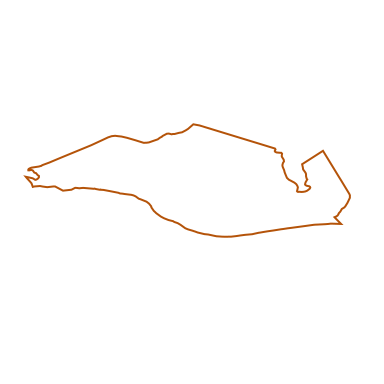 the district of Lukolela, Équateur, Democratic Republic of the Congo, rotated 238°
{"feature_id": "63176286B14204108243102", "entity_name": "Lukolela", "entity_type": "district", "adm_level": 2, "iso_a3": "COD", "parent_name": "Democratic Republic of the Congo", "parent_adm1": "Équateur", "projection": "robinson", "projection_center": [17.176, -1.278], "detail": "fine", "context": "isolated", "style": "outline", "palette": "amber", "viewbox_px": 384, "rotation_deg": 238, "n_neighbors": 0, "source": "geoboundaries", "source_scale": "gbopen_adm2", "svg_char_len": 3492}
<svg xmlns="http://www.w3.org/2000/svg" viewBox="0 0 384 384"><g transform="rotate(238 192 192)"><path d="M293.0,59.1L291.4,59.3L286.5,60.2L284.4,60.5L280.7,59.7L280.2,61.3L277.6,66.3L275.8,68.2L272.8,71.8L270.1,77.5L269.3,78.8L261.5,83.3L257.8,91.0L257.5,94.7L257.4,95.2L256.6,96.3L256.3,96.7L254.8,98.5L254.7,98.8L253.2,101.8L252.7,102.5L246.7,110.5L246.5,111.2L245.6,111.9L243.4,114.3L242.6,115.2L242.5,115.8L242.1,116.0L240.7,118.0L236.1,123.0L230.3,129.2L229.0,130.1L228.8,130.3L227.4,132.2L227.3,132.3L225.9,133.9L221.8,139.0L220.1,140.6L218.1,141.9L215.8,142.8L215.0,143.1L214.4,143.4L213.1,144.5L207.9,148.3L204.9,149.4L201.5,149.8L200.4,149.4L196.2,149.6L194.1,150.2L193.1,150.4L187.6,152.6L184.5,154.4L180.7,157.2L178.3,159.5L177.9,159.9L177.7,160.1L177.3,160.5L177.0,160.6L176.6,160.8L176.2,161.0L175.8,161.2L175.6,161.4L174.5,162.3L173.5,163.1L173.1,163.4L170.2,164.9L164.8,167.1L163.7,167.9L162.7,168.6L162.2,169.0L158.5,172.3L158.3,172.4L156.8,173.7L155.1,175.0L154.8,175.2L149.7,180.2L148.0,182.4L147.3,183.3L146.9,183.7L143.2,187.5L141.4,189.4L139.4,192.2L139.1,192.6L138.0,194.1L137.6,194.8L137.1,195.4L136.6,196.2L133.3,201.7L131.2,206.1L130.1,208.6L129.7,209.6L127.6,214.2L125.0,219.3L124.6,220.1L124.4,220.4L123.6,222.7L122.1,226.9L122.0,227.2L121.6,228.0L120.1,231.7L118.5,235.5L116.2,240.7L113.2,247.8L112.4,249.5L111.1,252.5L110.6,253.7L109.3,256.5L109.2,256.7L103.9,268.4L103.4,269.5L99.7,277.8L99.3,278.6L94.0,288.1L93.7,288.7L92.5,291.0L91.8,292.6L91.4,293.3L85.9,301.5L93.5,299.8L95.1,299.5L94.8,301.6L94.9,303.0L95.5,304.4L95.9,304.7L96.0,305.0L96.3,305.5L96.7,307.2L97.3,308.4L98.2,310.0L98.2,313.1L98.8,314.9L99.1,315.4L100.3,317.9L103.4,322.8L104.2,323.3L105.0,323.8L105.4,324.1L105.8,324.2L106.3,324.3L107.1,324.4L107.5,324.4L123.2,324.6L126.7,324.6L157.5,324.9L157.2,300.1L154.3,299.1L152.2,298.2L148.3,298.5L147.3,298.3L146.8,298.2L144.8,297.0L142.8,296.4L142.6,296.3L142.4,296.3L142.0,296.3L141.6,296.4L140.9,295.1L140.1,293.6L139.4,292.7L138.5,291.9L137.7,291.9L136.5,292.6L135.5,293.6L134.8,294.4L133.9,294.8L133.0,294.6L132.4,293.5L132.2,291.8L132.1,290.2L132.4,288.4L132.9,287.1L133.2,286.4L134.1,284.7L135.0,283.6L135.8,282.2L136.3,281.6L137.1,281.5L137.8,282.3L139.9,284.3L141.5,284.6L143.4,284.6L145.7,283.8L147.6,282.7L149.2,281.8L151.0,280.7L153.7,280.0L156.8,280.5L159.6,281.0L161.7,281.7L163.8,282.0L165.5,282.3L166.9,282.9L168.4,284.5L169.2,286.2L170.8,286.9L172.6,286.9L174.4,286.9L175.3,287.4L176.8,288.7L177.9,288.5L179.0,286.9L180.7,284.7L181.8,283.9L182.9,283.9L183.9,285.4L184.9,285.4L197.0,274.9L244.5,233.6L248.7,229.0L247.6,222.0L247.6,219.3L247.9,215.2L249.1,212.2L250.4,208.0L251.3,206.6L251.7,205.3L253.0,204.1L253.9,203.2L254.1,202.8L254.8,201.4L254.8,200.8L255.1,196.7L255.0,196.2L254.8,195.5L255.0,194.3L255.0,193.3L254.9,192.0L254.8,190.9L256.9,181.7L258.0,179.3L258.8,178.0L259.4,177.0L263.1,173.8L265.9,171.4L272.4,165.6L276.4,161.6L278.6,158.8L280.4,156.6L281.9,153.5L282.8,149.8L283.6,143.1L285.1,131.2L290.3,100.6L291.1,95.8L292.6,86.5L294.1,79.3L294.1,78.9L294.0,78.1L294.3,77.3L294.5,76.4L294.7,75.9L294.8,75.5L297.7,68.8L298.0,67.4L298.1,65.8L297.8,65.1L297.4,64.9L297.1,64.7L296.6,65.4L295.9,67.4L295.6,67.7L294.6,68.4L293.1,68.5L292.2,68.5L291.2,69.2L290.5,69.8L290.4,69.8L290.2,69.8L289.2,69.9L288.6,70.0L288.0,70.1L287.7,70.2L286.9,70.7L285.8,70.2L285.6,69.9L285.4,69.6L285.0,68.3L285.0,67.5L285.0,66.6L285.4,65.5L287.6,64.4L288.0,64.2L290.6,61.6L293.0,59.1Z" fill="none" stroke="#b45309" stroke-width="2"/></g></svg>